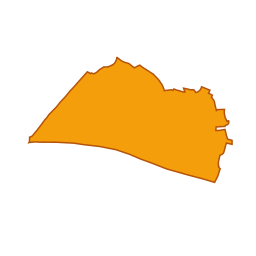 Suan, Atlántico, Colombia (Mercator projection), rotated 78°
{"feature_id": "7082276B14596703895103", "entity_name": "Suan", "entity_type": "district", "adm_level": 2, "iso_a3": "COL", "parent_name": "Colombia", "parent_adm1": "Atlántico", "projection": "mercator", "projection_center": [-74.923, 10.304], "detail": "fine", "context": "isolated", "style": "filled", "palette": "amber", "viewbox_px": 256, "rotation_deg": 78, "n_neighbors": 0, "source": "geoboundaries", "source_scale": "gbopen_adm2", "svg_char_len": 3740}
<svg xmlns="http://www.w3.org/2000/svg" viewBox="0 0 256 256"><g transform="rotate(78 128 128)"><path d="M103.8,58.1L103.7,58.7L103.5,59.1L102.1,62.0L100.6,65.4L101.2,65.4L102.0,65.2L102.6,65.1L103.3,65.0L103.9,64.9L104.6,64.9L104.2,66.2L104.0,67.0L103.7,67.5L103.3,68.1L102.8,69.1L102.1,70.4L101.5,71.5L101.2,72.2L100.7,73.1L100.3,73.6L99.8,74.3L99.4,75.0L100.5,76.2L99.9,77.1L99.6,77.6L99.0,84.7L97.6,84.8L95.6,85.1L93.7,85.5L91.7,86.1L91.0,86.5L88.3,87.5L86.0,88.7L84.3,89.8L80.3,92.3L78.9,93.9L76.7,96.0L75.5,97.2L72.6,100.2L70.8,101.9L69.0,103.3L69.1,104.0L69.2,104.5L69.3,105.2L69.5,106.0L69.6,106.3L69.8,107.0L70.0,107.7L70.2,108.4L70.3,109.0L70.4,109.4L70.2,109.5L65.9,113.1L65.4,113.5L64.9,114.1L64.5,114.9L64.0,115.9L63.6,116.6L63.2,117.3L62.8,117.9L62.1,118.9L61.8,119.4L61.4,119.8L60.8,120.5L60.2,121.1L59.8,121.5L59.0,122.0L58.7,122.3L58.4,122.5L58.2,122.9L57.9,123.1L57.4,123.4L57.0,123.6L56.8,123.9L56.8,124.2L56.8,124.3L57.1,124.4L57.4,124.5L57.6,124.5L58.0,124.6L58.3,124.8L58.5,124.9L58.9,125.3L59.4,125.6L60.1,126.1L62.0,127.7L62.9,129.8L63.0,129.9L63.0,130.0L63.1,130.3L63.2,130.5L63.2,130.8L63.3,130.8L63.3,131.0L63.4,131.3L63.4,131.5L63.5,131.6L63.5,131.8L63.5,132.0L63.6,132.5L63.7,132.8L63.7,133.0L63.8,133.1L63.8,133.3L63.8,133.5L63.9,133.8L63.9,134.0L63.9,134.3L63.9,134.5L63.9,134.8L63.9,135.0L64.0,135.0L64.0,135.3L64.0,135.5L63.9,136.1L63.8,136.7L63.6,137.5L63.4,138.3L63.2,138.9L63.5,139.6L64.8,143.2L64.9,143.6L65.2,144.0L65.4,144.4L65.7,145.0L66.2,145.7L66.7,146.6L67.0,147.1L67.3,147.9L67.4,148.3L67.5,148.7L67.6,149.0L67.7,149.3L67.8,150.0L67.7,150.4L67.6,150.7L67.4,151.0L67.2,151.4L67.1,151.6L66.7,152.0L66.6,152.4L66.6,152.6L66.6,152.8L66.8,153.1L67.0,153.3L66.8,153.7L65.9,154.4L65.8,154.5L65.8,154.8L65.1,155.4L64.6,156.1L70.6,164.3L72.8,167.3L74.8,169.9L78.0,174.4L79.4,176.6L84.1,182.4L88.7,189.0L92.3,193.3L95.7,198.4L98.7,202.9L100.4,204.6L101.0,205.2L101.2,205.5L102.1,206.7L102.7,207.7L102.8,207.8L105.7,211.0L105.8,211.1L108.0,213.6L111.9,218.2L114.1,221.1L115.0,222.1L115.6,223.0L116.1,223.8L116.2,224.3L116.6,225.8L116.5,226.2L117.5,226.4L119.2,226.8L120.7,227.2L121.7,228.0L121.7,226.8L122.3,221.6L123.5,217.2L127.0,201.2L129.7,191.1L131.5,184.4L133.0,180.3L134.9,175.3L140.2,159.5L146.7,144.3L154.1,131.9L161.0,122.1L167.9,111.1L176.2,98.5L185.9,80.1L193.4,65.3L199.2,54.6L193.8,50.2L188.4,47.2L187.1,46.3L185.0,47.5L184.1,47.1L183.9,47.1L183.9,47.4L181.4,47.0L180.8,46.8L180.7,46.8L180.4,46.8L174.3,44.0L174.1,43.9L173.9,43.8L173.9,43.6L173.8,43.3L173.4,41.9L173.0,40.7L172.0,39.5L171.6,39.3L170.8,38.9L169.9,38.4L168.2,37.5L164.9,35.9L164.5,35.6L163.2,34.9L165.6,29.6L161.7,28.8L160.6,30.9L160.3,31.6L159.5,33.0L158.1,33.0L156.6,33.2L154.7,33.3L149.6,33.4L149.4,37.5L149.4,38.7L149.3,39.4L149.2,40.4L149.0,41.1L148.9,42.0L148.7,42.6L146.4,41.9L145.3,41.6L146.6,32.8L146.3,32.6L145.9,32.3L145.6,31.8L145.5,31.3L145.5,30.6L145.4,30.0L145.1,29.4L144.6,28.9L144.0,28.4L143.4,28.2L143.1,28.1L142.9,28.1L142.4,28.0L142.1,28.0L141.9,28.1L141.8,28.4L141.8,28.6L142.0,28.9L142.2,29.3L142.2,29.6L142.1,29.9L141.8,30.0L141.4,30.0L141.0,30.0L140.8,30.1L139.1,30.5L137.8,30.8L136.6,30.8L135.0,30.8L133.5,30.7L132.3,30.5L131.0,30.2L129.9,29.7L128.6,36.5L129.3,37.9L122.7,38.1L122.1,38.1L121.6,38.0L121.0,38.0L120.0,38.1L118.9,38.3L118.3,38.5L117.3,39.0L116.7,39.3L115.7,39.8L115.5,40.0L113.5,38.7L110.6,42.0L110.1,41.5L109.3,40.8L108.6,40.4L108.0,40.0L105.6,43.6L103.0,47.5L103.6,47.8L104.3,48.2L104.9,48.7L105.6,49.4L106.2,50.2L106.5,50.8L106.8,51.5L107.1,52.1L107.3,53.0L107.4,53.5L107.4,54.1L107.4,54.3L107.1,54.4L106.9,54.5L106.3,54.8L105.6,55.0L105.2,55.2L104.8,55.4L104.5,55.5L104.3,55.9L104.2,56.5L103.9,57.0L103.8,57.5L103.8,58.1Z" fill="#f59e0b" stroke="#b45309" stroke-width="1.5"/></g></svg>